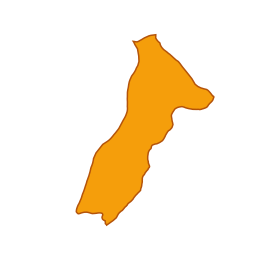 Halmin, Lahij, Yemen (Mercator projection), rotated 147°
{"feature_id": "15242507B61781927650682", "entity_name": "Halmin", "entity_type": "district", "adm_level": 2, "iso_a3": "YEM", "parent_name": "Yemen", "parent_adm1": "Lahij", "projection": "mercator", "projection_center": [44.941, 13.696], "detail": "fine", "context": "isolated", "style": "filled", "palette": "amber", "viewbox_px": 256, "rotation_deg": 147, "n_neighbors": 0, "source": "geoboundaries", "source_scale": "gbopen_adm2", "svg_char_len": 5293}
<svg xmlns="http://www.w3.org/2000/svg" viewBox="0 0 256 256"><g transform="rotate(147 128 128)"><path d="M198.8,58.2L195.7,58.3L190.9,58.5L186.7,59.1L183.1,61.1L181.3,61.7L181.2,61.7L180.4,61.8L179.8,61.9L179.2,62.0L178.5,62.0L177.9,62.0L177.6,62.0L175.9,62.5L175.0,62.8L174.5,63.0L173.8,63.2L172.9,63.4L172.2,63.4L171.6,63.6L170.7,63.8L170.2,64.1L169.6,64.4L169.0,64.6L168.3,64.7L167.7,64.7L167.0,64.8L166.4,64.8L165.6,64.9L164.9,65.0L164.1,65.2L163.4,65.4L162.8,65.5L162.0,65.9L161.4,66.2L160.7,66.5L160.0,66.7L159.4,66.9L158.7,67.2L158.1,67.3L157.5,67.5L156.7,67.6L156.1,67.8L155.3,68.0L154.5,68.2L153.8,68.3L153.0,68.5L152.1,68.7L151.4,68.9L151.0,69.4L150.6,69.9L150.0,70.4L149.5,70.8L148.9,71.2L148.4,71.7L148.0,72.1L147.6,72.6L147.2,73.1L146.7,73.6L146.3,74.1L145.8,74.6L145.3,75.1L145.0,75.7L144.5,76.4L144.1,76.9L143.7,77.6L143.3,78.1L142.8,78.6L142.3,79.0L141.8,79.4L141.2,79.6L140.5,79.9L139.8,80.0L139.1,80.4L138.5,80.7L138.0,81.1L137.3,81.3L136.7,81.5L136.1,81.7L135.3,82.0L134.6,82.1L133.9,82.3L133.3,82.7L132.8,83.1L132.2,83.2L131.6,83.4L131.0,83.8L130.7,84.4L130.5,85.1L130.4,85.8L130.2,86.5L130.1,87.2L129.9,87.8L129.5,88.3L129.2,89.0L129.0,89.7L128.8,90.2L128.6,90.9L128.3,91.4L127.8,92.1L127.5,92.6L127.1,93.2L126.8,93.6L126.7,93.7L126.3,94.2L125.8,94.7L125.3,95.3L124.9,95.8L124.5,96.2L123.9,96.7L123.3,97.1L122.8,97.4L122.2,97.7L121.4,98.0L120.7,98.1L120.0,98.2L119.5,98.6L119.1,99.0L118.5,99.6L118.0,100.0L117.4,100.3L116.8,100.4L116.2,100.3L115.5,100.1L114.8,100.0L113.8,99.7L113.2,99.4L112.2,99.0L111.5,98.9L110.7,98.8L110.1,98.7L109.5,98.6L108.7,98.6L108.0,98.6L107.0,98.6L106.4,98.6L105.8,98.7L105.2,98.9L104.4,99.2L103.6,99.6L103.0,99.9L102.3,100.3L101.7,100.6L101.1,101.0L100.6,101.4L100.0,101.7L99.4,102.0L98.8,102.3L98.0,102.7L97.4,103.0L96.7,103.3L96.0,103.5L95.4,103.7L94.8,103.6L94.0,103.6L93.4,103.7L92.7,103.9L91.8,104.1L91.3,104.3L90.5,104.7L89.9,105.2L89.4,105.6L88.8,106.1L88.3,106.6L88.1,107.2L87.9,107.8L87.6,108.4L87.4,109.1L87.2,109.8L86.9,110.4L86.7,111.0L86.3,111.7L86.0,112.4L85.7,113.1L85.4,113.8L85.1,114.4L84.7,115.0L84.0,115.6L83.5,116.0L82.9,116.3L82.3,116.6L81.6,117.0L80.8,117.3L80.2,117.6L79.5,117.9L78.9,118.2L78.3,118.4L77.4,118.4L76.8,118.4L76.0,118.3L75.1,118.2L74.5,118.0L73.9,117.8L73.3,117.6L72.7,117.3L71.8,116.9L71.2,116.6L70.7,116.2L70.3,115.7L69.7,115.1L69.3,114.5L68.9,113.9L68.5,113.4L68.0,112.9L67.6,112.3L67.0,111.8L66.6,111.3L66.1,110.8L65.5,110.3L65.0,109.8L64.5,109.4L64.1,108.9L63.6,108.5L62.9,108.0L62.4,107.6L61.8,107.3L61.3,106.9L60.7,106.5L60.0,106.0L59.4,105.7L58.9,105.4L58.3,104.9L57.8,104.4L57.1,104.1L56.3,103.8L55.5,103.6L54.8,103.4L53.9,103.1L53.3,103.0L52.6,102.8L51.9,102.7L51.3,102.6L50.5,102.6L49.9,102.7L49.3,102.9L48.7,103.2L48.0,103.5L47.5,103.7L46.7,103.9L46.1,104.1L45.5,104.2L44.9,104.3L43.9,104.5L43.1,104.7L42.5,104.9L41.8,105.2L41.3,105.5L40.8,105.9L40.2,106.4L39.4,106.9L39.3,107.1L39.0,107.5L39.0,108.1L39.5,108.6L39.8,112.5L40.3,115.6L41.0,117.4L42.9,119.4L45.1,122.0L46.8,124.8L47.9,128.2L47.6,134.5L48.0,139.1L48.6,145.1L49.1,149.7L49.3,153.5L49.6,156.3L50.8,159.2L51.9,163.5L52.9,167.3L53.1,167.6L53.3,168.3L53.6,169.1L53.8,169.8L54.0,170.6L54.3,171.3L54.5,172.0L54.8,172.7L55.0,173.4L55.3,174.0L55.4,174.7L55.6,175.4L55.6,176.1L55.8,176.7L55.8,177.3L55.8,178.0L55.8,178.6L55.7,179.3L55.6,180.0L55.4,180.8L55.1,181.5L55.0,182.1L55.1,182.7L55.4,183.3L55.5,183.5L55.8,185.9L55.8,188.3L53.9,191.1L58.5,193.3L60.4,193.9L61.9,194.1L63.6,194.4L65.0,194.6L66.5,194.7L67.9,194.7L69.2,194.8L70.7,194.9L72.2,195.0L73.5,195.3L74.8,196.3L75.9,197.4L76.4,197.8L76.4,196.8L76.6,195.4L76.8,194.0L76.8,192.6L76.9,191.1L76.9,189.7L76.9,189.3L79.8,182.5L82.5,177.9L85.8,175.0L87.2,174.3L88.5,173.6L89.7,172.7L91.1,171.9L92.5,171.2L93.9,170.6L95.3,170.1L96.8,169.5L98.0,168.7L99.4,167.8L100.7,166.9L101.8,166.0L102.8,165.0L103.8,164.0L104.9,162.7L106.0,161.5L107.3,160.2L108.3,159.1L109.2,158.0L110.0,156.8L110.8,155.6L111.6,154.4L112.6,153.0L113.4,151.7L114.2,150.3L115.2,148.8L116.0,147.6L116.9,146.3L117.6,145.0L118.5,143.7L119.5,142.5L120.8,141.4L122.1,140.4L123.2,139.6L124.5,138.8L125.8,138.1L127.2,137.4L128.7,136.6L130.1,135.8L131.4,135.1L132.8,134.3L134.1,133.6L135.5,132.8L136.9,132.2L138.4,131.7L139.8,131.2L141.3,130.7L142.7,130.3L144.0,129.9L145.4,129.4L146.8,129.0L148.2,128.6L149.6,128.3L151.0,128.1L152.6,128.0L153.9,128.0L155.3,128.0L156.7,128.0L158.1,128.0L168.4,124.5L173.6,121.1L174.5,120.0L175.5,119.0L176.5,118.0L177.6,117.1L178.9,116.1L180.1,115.3L181.2,114.4L182.3,113.3L183.3,112.3L184.3,111.4L185.5,110.4L186.6,109.4L187.8,108.5L189.1,107.5L190.4,106.5L190.9,106.2L191.6,105.6L192.7,104.6L193.9,103.6L195.1,102.7L196.3,101.7L197.4,100.8L198.5,99.9L199.7,99.0L200.8,98.2L202.0,97.4L203.1,96.5L204.4,95.4L205.5,94.5L206.7,93.7L207.9,92.9L209.2,92.0L210.5,91.2L211.7,90.6L212.9,89.8L214.0,89.0L215.1,88.1L216.0,87.2L217.0,85.9L216.9,84.5L216.5,83.2L215.2,82.6L213.8,82.3L212.5,81.9L211.1,81.4L210.6,81.2L209.9,80.8L208.6,80.0L207.5,79.0L206.4,77.8L205.5,76.7L204.6,75.7L203.4,75.0L202.1,74.3L200.9,73.7L200.2,73.4L199.5,73.1L198.2,72.4L196.9,71.4L196.1,70.3L196.4,68.9L197.5,68.1L198.2,67.5L198.6,67.0L199.0,65.6L198.7,64.2L197.8,62.7L197.7,62.6L198.1,62.0L198.3,61.4L198.6,60.8L199.1,60.1L198.9,59.4L198.7,58.8L198.8,58.2Z" fill="#f59e0b" stroke="#b45309" stroke-width="1.5"/></g></svg>